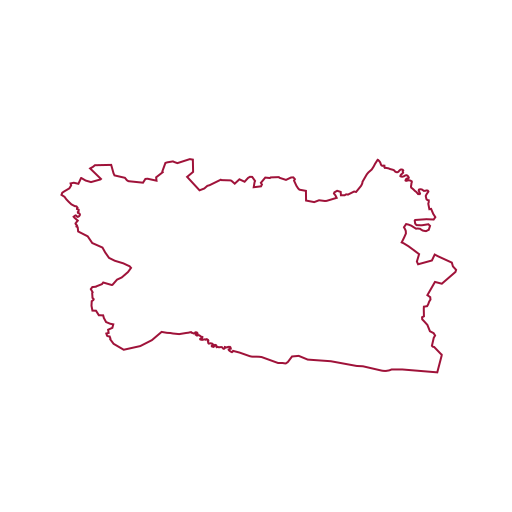 Gamawa, Bauchi, Nigeria, rotated 103°
{"feature_id": "59680162B43637132059207", "entity_name": "Gamawa", "entity_type": "district", "adm_level": 2, "iso_a3": "NGA", "parent_name": "Nigeria", "parent_adm1": "Bauchi", "projection": "equal_earth", "projection_center": [10.6, 12.017], "detail": "fine", "context": "isolated", "style": "outline", "palette": "rose", "viewbox_px": 512, "rotation_deg": 103, "n_neighbors": 0, "source": "geoboundaries", "source_scale": "gbopen_adm2", "svg_char_len": 6076}
<svg xmlns="http://www.w3.org/2000/svg" viewBox="0 0 512 512"><g transform="rotate(103 256 256)"><path d="M353.3,272.2L353.2,271.4L352.6,269.6L352.5,268.8L352.7,268.3L353.6,267.1L353.7,266.8L353.6,266.3L352.7,265.6L351.7,265.8L351.7,263.8L351.2,263.3L350.6,262.0L350.6,261.5L350.4,260.9L350.7,260.4L351.5,259.9L352.0,259.7L352.2,260.0L352.2,260.4L352.7,261.2L353.4,261.6L353.7,261.4L354.3,260.5L354.9,258.8L355.1,257.8L354.4,257.2L353.6,257.0L353.8,250.3L355.0,239.6L355.0,237.9L354.9,237.0L353.5,230.6L353.2,227.8L355.3,210.4L354.3,206.2L354.1,203.2L353.8,202.6L352.1,201.1L345.8,198.3L343.7,191.9L345.3,182.3L341.7,159.4L340.5,133.2L339.4,127.0L339.4,107.5L339.2,105.6L338.7,103.4L337.5,100.5L336.1,98.4L333.6,87.6L328.6,53.2L311.3,52.7L310.3,52.9L309.9,53.8L304.6,61.9L304.6,63.4L303.9,64.4L295.7,64.4L293.2,63.6L291.4,65.4L291.2,65.6L290.2,69.6L284.6,73.5L282.0,77.2L280.3,79.8L278.3,80.4L277.0,78.8L269.5,80.7L267.6,81.0L266.4,78.0L264.5,77.4L261.4,77.0L259.2,76.2L256.9,77.0L255.6,80.2L241.0,75.8L241.2,68.7L226.7,58.1L224.5,57.9L221.8,61.8L218.4,63.7L215.3,78.7L214.4,82.2L220.8,83.6L227.6,96.2L225.2,98.0L217.5,97.5L212.2,109.6L210.4,115.0L210.0,117.1L204.5,115.8L200.4,115.0L197.9,115.7L196.6,116.6L194.7,118.3L191.1,116.9L191.1,114.5L191.5,111.6L193.4,106.2L192.9,104.9L192.7,103.4L192.6,102.2L193.2,100.9L193.7,99.2L193.6,96.4L193.4,95.7L192.3,94.5L191.7,93.6L187.5,93.2L186.3,95.2L188.8,101.4L189.8,106.6L188.6,108.2L185.8,109.3L185.1,109.0L181.8,98.2L180.5,91.1L177.8,90.0L175.2,92.7L170.7,96.0L171.4,97.6L166.3,99.9L164.6,99.8L162.9,100.2L162.9,101.6L162.4,102.6L161.3,103.2L159.6,104.0L158.9,104.1L156.9,103.5L154.5,102.5L154.0,102.8L153.6,103.5L153.8,104.8L154.3,105.5L154.8,107.1L153.9,109.2L153.9,110.4L154.2,111.5L154.7,112.2L155.6,112.2L158.3,110.2L158.9,110.4L159.1,111.2L159.2,112.0L158.7,112.3L158.4,113.1L157.6,114.0L156.9,115.7L155.6,117.8L154.4,120.2L153.5,120.6L152.5,120.7L151.6,120.7L150.4,120.9L148.8,120.8L148.2,121.1L147.8,122.5L147.8,124.0L148.3,125.2L148.8,126.1L149.0,126.7L148.8,127.3L148.2,127.3L147.4,127.1L146.7,126.6L146.4,126.0L146.3,125.5L145.9,125.0L145.4,124.7L144.7,125.2L144.2,125.7L143.7,126.4L143.4,127.4L143.9,128.7L144.9,129.6L145.6,130.8L145.9,131.5L145.9,132.8L145.7,133.3L144.9,133.3L143.9,132.9L142.8,132.0L141.7,131.4L140.8,132.0L140.2,132.0L139.5,131.8L139.0,132.4L138.9,133.4L139.2,134.4L139.9,135.1L141.0,135.8L141.8,136.1L142.3,136.7L142.7,137.4L142.7,138.4L142.4,139.5L141.5,140.6L141.2,141.9L141.1,145.1L140.8,146.5L140.9,149.2L141.2,150.3L140.6,150.9L139.8,151.0L139.1,151.2L139.2,152.1L139.6,152.8L139.7,153.4L139.4,154.2L138.7,154.9L137.5,155.6L136.3,156.6L135.0,158.5L134.9,159.1L139.3,160.7L142.4,161.5L145.7,162.7L149.3,165.3L151.5,166.4L159.6,168.9L161.0,168.8L162.5,169.0L164.2,169.5L171.1,172.9L171.1,174.9L175.5,180.2L175.5,181.1L175.7,182.1L176.9,183.3L177.7,186.9L174.5,187.9L174.2,191.6L176.3,193.9L177.6,194.1L179.0,192.3L181.2,190.5L186.4,199.6L186.9,201.2L187.5,207.1L190.4,211.4L190.7,219.7L181.3,222.0L181.6,228.6L180.7,230.1L178.5,232.4L174.0,235.9L172.4,235.4L171.0,237.3L171.6,239.5L175.1,243.9L174.5,250.7L174.0,251.5L176.1,259.3L176.9,260.0L177.5,264.6L183.6,267.7L185.0,266.3L187.0,266.8L189.5,273.7L184.4,274.0L183.1,273.8L179.8,277.5L180.2,279.7L181.7,281.3L186.2,283.8L185.0,289.4L190.3,293.0L188.2,296.9L188.1,298.0L189.8,306.6L189.6,307.5L197.4,317.1L198.6,319.2L201.9,321.6L204.7,325.8L194.4,340.9L188.2,336.2L176.3,339.2L176.5,342.3L183.2,353.5L182.8,356.9L182.5,358.2L184.7,363.5L185.7,365.2L194.7,366.3L195.3,365.7L201.8,371.0L205.0,369.9L205.1,379.1L205.8,381.1L210.0,382.6L211.8,397.2L211.2,398.9L209.3,401.3L209.3,412.0L207.5,413.4L199.8,417.6L203.8,433.4L205.8,434.9L208.0,437.3L215.8,424.4L216.4,424.8L221.1,433.4L220.8,439.0L219.3,443.8L219.4,444.0L225.6,445.3L225.6,450.0L227.0,453.0L228.8,452.0L232.1,453.1L236.0,457.2L237.9,459.0L240.2,459.3L241.4,455.9L243.4,453.6L245.2,450.9L247.2,447.5L248.2,443.7L248.0,442.8L248.1,442.0L249.1,440.8L249.9,441.1L250.5,441.0L250.7,439.9L250.8,439.2L252.2,438.9L253.2,439.5L254.0,439.2L254.0,438.4L254.5,437.4L255.5,436.8L257.0,437.3L258.0,438.4L257.9,439.2L257.2,440.0L257.0,440.9L257.6,441.6L258.8,442.5L259.6,441.4L261.6,437.6L262.1,437.8L263.0,438.4L264.0,438.7L264.8,439.2L265.8,438.6L266.0,437.9L266.7,437.2L267.7,437.5L268.1,436.2L272.1,434.8L274.7,424.4L280.2,418.5L282.3,407.5L286.4,403.8L290.9,398.8L292.4,392.5L293.0,383.6L293.9,379.5L294.4,376.9L295.7,375.1L300.4,377.1L307.1,382.0L310.3,386.1L316.4,389.4L316.7,390.1L316.2,398.9L318.1,399.8L321.6,404.9L321.9,405.0L323.1,408.5L325.4,409.5L328.1,407.0L328.9,407.3L333.6,405.9L334.4,404.6L334.9,404.4L335.6,404.7L337.0,405.9L341.5,405.1L346.0,403.1L345.3,399.6L349.1,395.8L348.2,391.6L350.0,390.6L350.5,390.4L354.1,387.2L354.8,382.9L354.7,379.7L358.3,379.8L361.1,383.5L364.1,382.3L365.2,384.4L367.2,383.2L367.5,381.9L367.3,380.5L369.1,379.3L369.8,379.4L370.3,378.9L373.6,375.0L377.1,363.8L369.8,348.5L361.4,338.5L351.2,330.9L350.9,325.5L350.3,322.1L350.2,319.5L349.4,313.3L346.7,306.7L345.9,304.5L345.1,303.0L344.8,302.1L345.3,301.6L345.2,300.4L345.5,299.6L345.5,299.1L345.1,298.2L344.6,298.2L344.1,298.0L343.9,297.7L343.8,296.7L343.9,296.3L344.3,296.0L344.5,295.6L345.1,295.7L345.4,295.9L345.4,296.3L345.5,296.7L346.3,296.9L346.8,295.8L346.7,295.3L346.0,294.2L346.0,293.8L346.3,292.7L346.9,291.5L347.0,291.1L346.9,290.5L347.0,290.0L347.4,290.0L347.7,290.2L348.1,290.1L348.5,290.4L349.0,291.3L349.3,291.7L349.8,291.6L349.9,291.3L349.9,290.9L349.8,290.4L349.9,289.7L348.9,287.6L348.7,287.0L348.9,286.4L348.3,285.8L348.1,285.4L348.1,285.1L348.7,284.5L348.5,284.1L348.6,283.8L349.4,283.3L349.8,283.4L349.9,283.6L350.2,283.6L351.2,283.0L351.7,282.8L351.9,282.5L352.0,282.2L351.9,282.0L351.3,280.9L351.2,279.2L351.3,278.9L351.7,278.7L352.0,277.1L352.8,277.1L353.1,278.0L353.2,278.7L353.4,278.9L353.7,278.9L353.9,278.8L354.0,278.6L354.1,278.4L354.0,278.1L354.2,277.1L353.9,276.7L353.4,276.6L353.2,276.3L352.6,275.7L351.8,275.4L351.8,275.2L352.0,274.7L352.8,274.1L353.5,274.0L353.7,273.8L353.2,272.9L353.2,272.5L353.3,272.2Z" fill="none" stroke="#9f1239" stroke-width="2"/></g></svg>